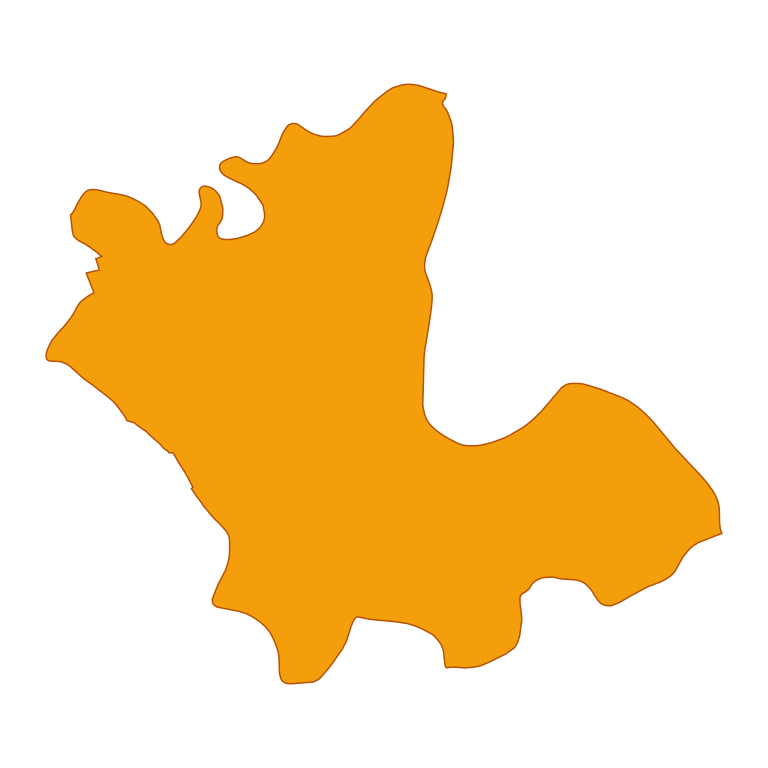 Vinh Bao, Hải Phòng, Vietnam (orthographic projection)
{"feature_id": "81297802B55266176914642", "entity_name": "Vinh Bao", "entity_type": "district", "adm_level": 2, "iso_a3": "VNM", "parent_name": "Vietnam", "parent_adm1": "Hải Phòng", "projection": "orthographic", "projection_center": [106.477, 20.681], "detail": "fine", "context": "isolated", "style": "filled", "palette": "amber", "viewbox_px": 768, "rotation_deg": 0, "n_neighbors": 0, "source": "geoboundaries", "source_scale": "gbopen_adm2", "svg_char_len": 6055}
<svg xmlns="http://www.w3.org/2000/svg" viewBox="0 0 768 768"><path d="M70.6,214.8L72.1,229.2L73.0,234.0L73.7,236.2L75.4,238.0L77.9,240.1L81.2,242.1L84.7,243.9L87.4,245.5L96.0,251.6L101.8,256.5L98.2,257.8L97.4,258.5L95.8,258.6L99.4,270.0L86.2,273.0L93.9,292.7L92.4,293.6L90.4,294.6L87.7,296.4L81.9,300.7L79.9,302.6L78.8,304.2L76.6,307.7L75.1,310.7L73.4,313.7L70.8,317.8L66.1,323.9L62.4,328.1L60.6,329.9L58.1,332.7L52.0,340.4L49.9,344.1L48.4,347.3L47.3,349.8L46.4,353.1L46.1,354.9L46.1,356.9L46.4,358.7L47.4,359.9L48.6,360.6L49.8,361.0L51.4,361.2L56.7,361.3L60.5,361.7L64.2,363.0L67.4,364.5L69.5,365.9L75.3,371.1L77.0,372.7L79.9,375.2L83.6,378.5L87.1,381.2L92.6,384.9L99.7,390.6L102.9,393.0L108.7,397.5L111.8,400.2L114.2,402.4L116.1,404.7L118.4,407.7L124.2,415.4L125.6,417.9L127.0,420.7L132.7,422.2L134.1,422.7L137.1,425.1L142.8,429.2L145.0,430.6L146.8,432.1L151.4,436.6L160.2,444.2L163.5,448.1L165.0,449.3L165.5,449.7L166.7,450.2L167.1,450.5L168.1,451.6L169.1,452.9L172.9,452.7L176.3,458.4L179.4,463.8L185.3,472.9L191.8,485.2L193.0,487.3L191.4,488.6L194.1,492.6L196.3,495.9L201.1,502.3L203.4,505.9L207.3,510.4L209.6,513.4L212.3,516.5L215.9,520.3L218.2,522.3L220.4,524.6L225.1,529.9L226.4,531.6L228.5,535.1L229.1,536.6L229.5,539.4L229.7,547.2L229.5,553.2L229.3,556.5L228.8,559.2L227.8,563.4L226.9,566.2L225.9,569.2L225.2,570.9L224.0,573.0L221.4,578.2L218.4,583.7L217.6,585.8L215.8,590.0L212.7,598.1L212.3,599.4L212.4,602.0L213.2,604.1L214.8,605.8L217.2,607.1L235.1,610.6L237.0,610.9L240.2,611.7L246.4,613.7L252.3,616.7L256.7,619.6L260.7,622.5L264.6,626.0L267.8,629.5L270.3,633.0L272.6,637.3L274.6,641.6L276.6,646.7L277.7,650.2L278.6,654.2L279.1,659.4L279.4,672.2L280.0,675.6L280.8,678.2L281.7,680.5L283.2,681.7L285.3,683.1L287.9,683.6L292.5,683.7L313.2,682.0L317.6,680.0L319.6,678.6L323.4,674.4L329.1,667.7L332.2,663.6L342.5,648.8L346.5,640.8L351.3,625.8L352.0,624.4L352.7,622.4L353.7,620.4L355.5,617.8L356.1,617.3L357.5,616.8L368.1,619.0L374.9,619.9L387.6,621.0L394.2,621.6L407.0,623.5L409.9,624.3L414.6,625.7L420.2,628.0L431.5,633.9L433.5,635.4L437.2,639.2L439.8,642.6L441.5,645.5L442.9,648.6L443.6,652.1L444.9,664.0L445.5,666.8L446.2,667.5L447.3,667.8L450.0,667.2L455.6,667.2L465.2,667.9L473.7,667.2L480.4,665.9L489.1,662.2L505.6,654.0L514.1,648.0L515.5,646.5L517.7,642.0L519.5,636.6L521.7,621.4L521.6,615.6L520.1,604.3L519.9,598.6L520.6,595.6L522.1,593.8L526.1,591.4L528.7,589.3L532.0,584.2L534.6,581.5L538.0,579.5L541.1,578.2L542.9,577.8L546.0,577.4L552.2,577.1L554.0,577.2L555.5,577.6L556.6,578.0L560.2,578.7L564.8,579.2L574.2,579.8L579.0,580.7L582.5,582.0L585.0,583.6L588.5,586.7L592.0,591.1L594.9,595.9L598.3,600.8L601.1,603.6L603.8,605.0L607.6,605.8L611.3,605.7L620.0,602.2L630.8,595.8L647.8,586.8L662.2,581.2L667.8,578.0L671.7,575.0L675.0,571.4L682.9,557.0L688.5,550.1L693.2,545.7L698.8,542.4L707.9,538.7L721.9,533.4L720.3,529.3L719.6,523.2L719.3,509.3L718.9,505.8L717.6,500.6L715.1,494.8L712.4,490.2L706.9,482.7L701.6,476.5L675.7,449.0L653.7,422.5L646.3,414.7L638.5,407.7L628.6,400.8L622.6,397.8L602.2,389.8L588.7,385.5L582.3,383.8L579.8,383.5L571.8,383.4L568.7,383.8L566.5,384.6L564.7,385.5L561.8,387.4L541.2,411.6L533.9,418.7L527.8,423.9L522.6,427.7L508.7,435.8L502.8,438.5L492.1,442.4L487.0,443.7L480.6,445.2L474.4,445.8L468.3,445.8L464.0,445.3L461.0,444.6L456.5,442.7L448.8,438.7L444.8,436.4L439.0,432.5L434.2,428.7L430.4,424.8L428.1,422.1L426.9,420.1L425.7,417.3L424.7,414.5L423.1,407.7L422.8,404.1L424.0,359.1L424.6,351.2L429.0,324.6L431.4,307.9L432.2,298.6L432.1,294.5L431.6,291.2L430.9,288.2L430.3,285.9L425.8,273.5L425.0,270.9L424.7,268.9L424.6,266.6L424.7,263.9L424.9,261.5L425.4,258.2L426.1,255.9L427.1,253.2L432.0,240.1L437.8,223.0L442.9,206.3L446.9,191.1L448.1,185.1L451.0,168.2L453.0,148.6L453.4,143.0L453.4,139.5L452.7,130.9L452.2,126.4L451.6,123.7L451.0,121.0L449.8,118.0L447.4,111.8L445.9,109.2L443.9,106.7L443.0,105.3L442.6,103.9L442.6,102.5L443.2,101.1L444.9,99.1L445.9,96.7L446.2,93.8L438.9,92.1L419.0,85.5L412.1,84.4L406.0,84.3L401.0,85.2L392.7,87.8L386.9,91.4L375.7,100.3L368.7,107.5L364.7,111.9L359.7,117.9L351.1,127.2L348.9,129.0L341.6,133.2L337.3,135.4L335.7,135.9L333.5,136.1L331.6,136.3L325.0,136.5L320.8,136.1L316.6,135.0L312.7,133.7L309.3,132.0L306.1,130.1L298.7,124.9L297.3,124.2L296.0,123.7L293.3,123.4L291.7,123.7L289.9,124.4L288.4,125.1L286.9,126.8L283.0,132.8L280.8,137.9L279.8,140.8L278.0,144.9L275.5,149.8L272.4,154.7L270.2,157.8L268.2,159.9L266.1,161.3L264.3,162.2L261.9,163.2L259.8,163.6L256.2,163.7L253.9,163.7L252.7,163.5L250.8,163.3L248.3,162.5L247.1,162.0L240.1,157.9L238.2,156.9L235.1,156.8L230.6,157.9L227.8,159.0L223.7,161.0L221.1,163.0L219.8,165.4L219.5,167.9L219.8,169.7L221.7,172.8L224.3,175.3L227.8,177.3L231.2,179.1L234.5,180.5L237.4,182.0L241.0,183.5L244.2,185.3L246.8,186.9L249.4,188.7L251.2,190.4L252.9,191.7L256.8,195.9L258.2,198.2L261.7,203.1L263.0,205.6L263.5,208.5L264.2,211.3L264.6,214.9L264.6,217.4L263.7,221.5L260.1,227.5L257.1,230.1L254.5,232.1L252.2,233.2L247.1,235.4L241.5,237.2L237.5,238.3L233.0,239.1L229.6,239.5L224.5,239.5L221.2,238.8L219.3,237.8L218.4,236.7L217.6,235.3L217.0,233.2L216.8,231.5L216.8,228.9L217.3,227.1L217.9,225.1L219.3,223.6L219.9,222.8L220.3,222.0L220.9,220.9L221.4,219.7L222.1,218.6L222.4,217.1L222.7,215.1L222.7,211.4L222.8,209.1L222.8,208.1L222.3,205.9L219.6,196.0L217.9,193.6L215.3,190.7L213.1,188.9L210.9,187.6L208.5,186.8L206.3,186.3L204.9,186.1L202.8,186.4L201.1,187.5L200.0,188.7L199.3,190.3L199.1,192.1L199.4,194.2L200.8,201.1L201.2,204.9L200.8,207.1L199.9,209.8L199.0,211.8L197.7,214.3L196.5,216.5L192.6,222.6L190.9,224.9L187.5,229.5L184.5,232.9L182.2,235.8L180.5,237.7L177.7,240.2L175.7,242.3L173.4,243.9L171.1,244.6L168.0,244.2L165.8,243.0L164.3,241.1L163.2,238.9L161.9,235.3L161.0,231.5L159.8,225.1L157.8,220.7L152.4,213.0L148.4,209.1L146.4,206.8L141.8,203.5L138.1,201.3L133.6,199.0L127.7,196.4L121.4,194.7L112.8,193.3L105.1,191.8L100.8,190.6L97.0,189.8L94.3,189.5L91.2,189.6L88.2,190.1L86.5,191.2L85.1,192.4L83.6,194.0L81.7,196.3L80.1,199.0L76.3,205.7L74.9,209.0L72.2,213.4L70.6,214.8Z" fill="#f59e0b" stroke="#b45309" stroke-width="1.5"/></svg>